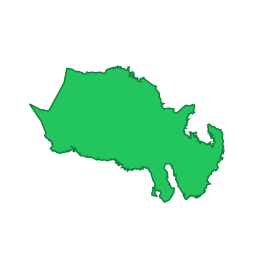 the district of Konawe Selatan, Sulawesi Tenggara, Indonesia, rotated 27°
{"feature_id": "22746128B90195550492320", "entity_name": "Konawe Selatan", "entity_type": "district", "adm_level": 2, "iso_a3": "IDN", "parent_name": "Indonesia", "parent_adm1": "Sulawesi Tenggara", "projection": "orthographic", "projection_center": [122.598, -4.26], "detail": "fine", "context": "isolated", "style": "filled", "palette": "green", "viewbox_px": 256, "rotation_deg": 27, "n_neighbors": 0, "source": "geoboundaries", "source_scale": "gbopen_adm2", "svg_char_len": 5936}
<svg xmlns="http://www.w3.org/2000/svg" viewBox="0 0 256 256"><g transform="rotate(27 128 128)"><path d="M68.1,181.4L71.0,182.7L72.4,182.3L72.7,181.4L76.0,182.1L79.8,181.0L80.3,179.2L81.8,179.1L83.3,177.7L83.5,175.8L83.7,176.9L85.1,176.2L85.8,174.6L85.2,174.1L85.9,174.3L85.9,175.6L88.2,172.5L89.7,172.3L89.3,171.9L89.1,171.3L89.5,172.0L89.5,171.3L90.5,171.8L90.2,170.4L88.4,170.1L86.7,170.6L85.0,169.9L86.9,170.5L88.8,169.9L91.0,170.0L90.9,171.2L91.6,171.7L92.1,171.6L92.0,170.8L92.2,172.0L94.7,172.9L96.7,172.3L96.5,173.2L96.9,173.0L97.6,174.0L99.0,174.0L100.0,173.3L103.8,172.8L104.1,171.6L104.8,172.4L106.6,171.9L108.6,170.6L115.0,170.4L115.6,169.9L115.2,168.4L116.7,169.1L119.3,168.6L121.7,166.9L124.4,166.6L126.6,164.5L126.4,163.5L128.1,163.7L130.5,161.4L130.9,162.6L132.3,162.0L132.4,163.8L132.9,163.7L133.6,164.8L134.2,164.2L133.6,162.9L135.3,162.8L135.2,164.4L136.4,165.8L137.2,165.0L136.9,164.4L137.4,164.5L136.6,163.2L137.5,162.8L139.0,163.5L139.8,163.0L139.8,164.0L140.8,164.7L140.3,166.1L141.7,165.3L142.9,165.8L143.2,165.1L144.1,166.7L144.9,166.0L144.9,164.9L146.3,165.4L146.5,164.6L147.1,166.6L147.6,165.7L147.0,164.8L148.3,164.1L150.1,164.1L150.9,163.4L150.2,161.8L151.4,162.8L152.6,161.0L153.5,160.6L154.2,161.0L154.7,159.7L157.3,159.9L157.3,158.8L158.6,159.1L158.8,157.2L159.9,157.7L159.5,156.1L158.8,156.0L161.2,155.0L161.7,155.5L164.6,155.0L164.7,154.5L165.7,156.2L168.7,157.5L173.8,163.0L178.2,166.1L178.0,167.7L179.2,169.0L178.6,169.6L179.4,170.1L178.5,170.8L177.7,169.7L177.1,169.8L178.4,171.9L179.0,175.6L180.0,177.0L184.6,175.7L181.5,173.7L180.9,172.1L181.8,170.3L182.6,170.5L184.3,169.5L184.4,170.0L185.0,169.7L186.8,170.7L187.3,172.1L186.6,173.6L188.4,175.7L189.2,175.2L193.5,177.3L194.5,177.2L197.2,173.6L197.7,171.5L198.1,165.2L196.8,160.9L196.1,160.7L193.7,161.9L191.3,159.7L190.2,159.6L190.5,158.9L189.7,158.2L186.1,156.6L185.4,155.3L186.1,154.5L185.7,153.6L185.1,153.8L184.5,151.5L182.8,149.5L179.0,148.0L178.2,146.9L177.7,143.3L180.4,141.2L182.0,141.0L183.5,142.0L184.9,141.4L184.8,143.0L185.6,143.9L186.7,143.8L188.2,145.5L189.7,148.6L190.7,149.5L191.5,149.3L191.3,149.0L191.5,148.4L191.7,149.3L192.6,148.7L194.0,152.2L198.5,155.7L199.3,157.4L200.5,157.5L206.2,161.1L207.6,161.5L208.4,160.6L207.9,162.5L208.8,162.6L208.2,163.1L211.5,165.3L212.7,164.7L212.8,162.7L213.4,162.7L214.7,159.8L213.9,160.1L213.9,159.6L215.0,159.8L219.2,158.3L218.9,159.1L220.3,159.3L220.6,156.9L221.0,157.0L221.6,155.2L221.1,157.8L221.6,158.4L223.4,155.4L223.2,154.0L225.2,151.2L225.3,150.1L224.3,149.7L225.2,148.7L223.8,148.1L224.3,146.2L225.1,145.9L223.9,142.8L226.6,140.5L224.0,139.9L223.7,139.3L222.9,139.5L222.1,138.2L221.9,135.5L221.2,135.0L222.1,134.0L222.2,131.9L223.1,131.5L222.6,129.7L223.7,126.9L224.7,126.0L225.4,126.2L226.2,124.7L226.3,122.2L223.8,120.2L223.6,117.6L224.4,117.4L224.0,117.0L224.6,117.0L224.9,115.1L223.0,110.5L223.3,109.1L222.3,105.4L222.6,104.2L221.7,102.8L221.9,101.4L219.6,99.5L218.9,96.3L216.4,94.1L215.1,90.4L211.5,87.5L209.4,88.3L208.3,88.0L207.3,88.8L204.2,87.6L203.0,88.7L198.6,87.7L197.6,89.5L199.3,90.4L198.9,91.3L200.5,92.7L200.8,94.7L201.7,94.9L201.9,95.8L202.5,95.2L203.9,95.6L203.9,94.9L205.3,95.9L205.6,95.6L206.0,96.4L205.1,97.5L205.6,98.2L206.9,96.4L206.8,99.2L209.5,97.9L210.0,100.8L211.2,100.3L212.0,101.0L211.3,103.4L210.0,103.2L211.6,104.3L211.5,105.6L212.3,106.2L211.8,107.0L209.7,105.3L208.6,105.3L208.2,103.5L207.7,104.4L207.2,104.3L207.1,106.0L205.8,106.3L205.2,107.4L203.9,106.6L200.1,106.6L199.1,107.2L199.7,108.7L199.4,108.8L198.5,108.6L198.8,107.7L198.4,108.1L198.0,107.1L196.6,107.6L196.3,106.6L195.6,107.4L195.1,105.2L193.7,105.1L193.0,104.2L193.0,105.7L191.2,105.6L190.9,106.1L191.7,103.9L191.1,103.9L191.2,104.4L190.9,104.7L190.9,104.2L189.9,104.5L189.4,102.8L188.5,102.5L187.9,103.8L186.0,103.1L184.7,103.7L186.3,104.5L186.1,104.9L186.8,104.8L187.5,106.0L186.9,106.3L187.4,107.5L188.4,108.0L188.2,109.0L187.2,109.2L184.7,107.6L180.9,107.8L180.8,106.3L179.1,105.8L178.9,105.4L178.5,105.8L178.8,105.3L180.2,105.8L178.7,104.4L178.3,102.9L179.8,101.9L178.5,101.5L178.3,100.0L177.7,100.4L179.2,99.1L178.4,98.9L178.6,96.3L177.0,95.3L177.9,94.5L177.9,94.0L177.6,94.7L177.3,94.7L178.1,92.6L176.6,93.6L175.9,93.1L176.2,89.6L175.5,88.0L176.6,87.6L177.4,85.7L179.1,85.9L180.1,83.8L178.7,83.5L177.4,78.1L175.9,77.1L173.0,80.2L169.0,81.7L165.1,91.7L163.7,93.2L161.0,92.9L160.5,90.2L155.3,91.9L151.4,94.6L147.5,93.0L148.9,90.0L146.1,90.7L143.4,86.8L142.5,87.3L140.2,83.0L134.4,80.2L134.4,78.2L130.6,78.6L120.9,77.0L119.1,75.9L118.4,76.5L118.4,77.7L116.8,78.1L116.6,78.8L116.9,80.4L117.9,81.2L115.9,81.7L114.3,81.0L114.7,79.8L113.8,79.1L113.1,79.9L112.5,79.8L112.5,80.7L110.8,79.8L109.9,81.0L109.3,80.9L109.5,79.4L108.3,78.5L109.2,78.2L108.8,77.0L107.3,78.4L107.7,79.4L106.3,80.3L106.7,81.2L106.0,81.5L105.2,80.1L105.8,77.7L107.2,76.1L106.4,76.0L105.0,77.9L103.6,77.7L101.8,75.4L101.6,73.3L100.5,73.6L101.1,76.5L99.7,77.7L98.5,76.9L95.3,77.9L93.8,76.7L92.9,77.3L93.4,77.9L91.4,77.6L91.7,78.6L90.8,78.2L90.7,79.0L89.4,79.0L89.4,80.6L87.7,80.5L87.7,81.2L87.5,80.9L84.5,83.5L84.7,84.3L83.2,84.8L82.4,86.9L82.8,89.5L80.8,90.5L78.3,90.7L73.9,93.5L69.5,95.2L68.3,96.6L66.1,96.7L65.6,99.2L64.1,99.9L62.2,99.4L59.9,100.1L59.2,99.8L55.3,101.5L51.7,101.0L46.5,102.7L50.5,116.5L49.7,147.9L48.4,149.6L44.3,150.2L43.0,151.5L29.4,151.3L47.6,161.3L57.5,170.0L57.1,172.3L57.8,173.0L59.0,173.2L59.4,173.9L63.0,174.1L63.3,175.0L63.9,174.9L64.0,174.2L65.3,174.9L66.0,174.5L67.2,176.6L68.2,175.6L67.9,176.6L68.7,177.0L68.8,179.8L68.1,181.4ZM223.9,105.7L223.4,105.7L223.8,107.0L224.7,108.1L223.9,105.7ZM225.2,111.4L225.6,113.0L226.1,113.4L226.2,111.9L225.2,111.4ZM191.3,101.4L190.3,101.0L189.9,102.2L191.2,101.8L191.3,101.4ZM223.5,104.6L223.3,105.3L223.5,105.4L223.8,105.2L223.5,104.6ZM90.7,173.4L90.8,172.6L90.3,173.5L90.7,173.4ZM204.4,96.2L203.9,96.3L203.7,96.7L204.0,96.9L204.4,96.2ZM208.1,103.1L207.5,103.0L208.1,103.3L208.1,103.1Z" fill="#22c55e" stroke="#15803d" stroke-width="1.5"/></g></svg>